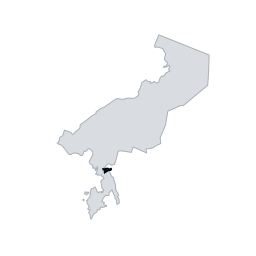 location of Sirdarya, Sirdaryo, Uzbekistan, rotated 108°
{"feature_id": "79887680B82422734608067", "entity_name": "Sirdarya", "entity_type": "district", "adm_level": 2, "iso_a3": "UZB", "parent_name": "Uzbekistan", "parent_adm1": "Sirdaryo", "projection": "equal_earth", "projection_center": [68.708, 40.817], "detail": "fine", "context": "in_parent", "style": "filled", "palette": "ink", "viewbox_px": 256, "rotation_deg": 108, "n_neighbors": 0, "source": "geoboundaries", "source_scale": "gbopen_adm2", "svg_char_len": 4584}
<svg xmlns="http://www.w3.org/2000/svg" viewBox="0 0 256 256"><g transform="rotate(108 128 128)"><path d="M198.1,114.8L201.8,113.1L203.8,114.3L204.0,114.9L201.7,116.2L199.8,116.9L199.2,118.5L197.2,119.2L195.2,121.4L192.1,123.7L192.1,124.2L192.4,124.6L193.4,124.8L195.5,126.1L197.4,125.4L197.9,125.5L198.5,126.3L199.0,128.4L199.9,128.9L202.8,130.0L205.0,130.0L206.0,130.4L206.2,130.2L206.3,127.2L207.2,127.7L208.2,127.3L208.6,125.8L208.3,124.7L209.1,124.2L209.4,124.6L209.5,125.5L210.5,126.1L211.3,127.6L211.6,129.4L213.6,129.8L214.3,129.5L214.8,129.7L215.1,131.9L215.4,132.1L217.2,131.6L218.8,132.6L220.6,134.2L222.6,134.4L223.0,134.7L224.4,134.4L226.0,134.9L226.1,135.1L225.8,135.5L222.0,137.5L220.9,139.0L220.1,139.4L217.7,138.6L217.4,139.5L217.8,140.4L217.3,141.3L216.1,140.9L215.8,140.5L214.7,140.7L213.3,142.2L212.7,143.4L211.4,143.8L209.7,145.0L208.9,144.1L207.7,144.2L206.0,143.2L205.2,143.0L197.7,144.3L197.1,144.1L196.3,142.4L194.4,141.5L194.5,140.7L198.3,137.3L198.8,136.2L197.5,135.6L197.7,134.7L195.2,131.9L194.7,131.8L194.4,131.9L193.5,133.9L186.9,137.4L185.9,137.1L184.4,135.8L183.4,135.3L182.2,136.4L182.3,137.8L181.0,138.8L182.2,142.4L182.1,142.9L181.2,143.0L181.9,144.4L181.3,144.5L178.1,144.0L174.4,144.8L174.5,145.4L177.8,145.3L178.3,145.5L178.4,146.0L178.2,146.3L176.4,146.6L176.3,147.2L177.2,148.8L176.8,149.1L176.1,148.8L175.6,149.8L174.5,149.8L173.9,152.9L173.0,154.0L171.8,154.5L163.9,153.1L161.9,154.1L160.5,155.5L159.6,158.9L159.7,159.2L163.1,160.6L163.6,162.6L167.6,162.8L168.3,163.1L168.7,163.7L168.8,164.2L167.7,167.6L168.1,170.6L168.8,172.0L171.2,174.6L171.1,176.1L170.5,177.4L169.8,178.5L169.1,179.0L168.1,180.4L167.2,182.2L165.5,184.5L164.9,185.8L164.7,189.5L164.2,190.6L164.1,190.2L163.5,189.8L161.7,189.7L161.4,189.2L159.1,190.1L157.6,189.7L156.1,188.1L153.3,187.6L149.7,187.9L149.7,184.0L149.8,181.2L151.1,178.9L151.1,178.5L150.5,177.7L148.3,177.1L145.8,175.3L143.5,174.1L142.1,173.7L140.6,174.4L139.3,174.2L133.1,169.6L127.9,166.3L124.3,162.9L122.6,163.3L118.1,160.1L115.2,156.8L105.5,149.5L103.6,147.7L103.2,146.8L102.5,142.3L101.7,140.3L100.5,139.2L99.5,137.0L98.0,131.8L97.5,130.9L94.6,128.7L92.9,128.1L91.7,128.5L91.0,129.4L90.0,129.4L85.7,128.6L81.0,129.0L76.9,126.3L76.7,125.9L76.7,125.2L77.6,123.4L77.5,122.6L77.0,121.8L77.0,120.9L77.4,120.4L78.2,120.6L78.5,120.3L78.4,119.8L77.5,118.7L75.6,117.7L76.0,117.1L76.2,115.4L76.5,114.5L76.3,114.2L74.9,113.0L70.3,112.9L69.2,112.5L68.3,112.1L67.5,110.2L67.1,109.8L64.0,109.0L60.9,105.8L60.1,107.2L59.5,107.5L57.1,107.1L55.8,108.0L58.6,111.3L59.2,112.3L59.2,112.9L58.3,113.0L57.6,111.4L57.1,111.0L54.3,110.1L53.3,111.1L53.0,112.4L51.6,114.5L50.1,114.9L46.7,115.0L45.6,115.5L44.9,116.1L43.4,118.0L41.7,119.5L41.9,125.5L43.0,127.0L41.8,128.3L29.9,127.5L33.5,73.4L50.5,68.5L62.7,65.4L89.2,82.1L89.8,82.8L90.1,84.3L90.8,85.4L99.7,95.3L113.5,93.3L127.3,94.4L132.6,92.0L136.6,96.4L139.1,98.0L142.5,104.4L145.9,102.7L145.2,110.3L144.8,112.7L144.6,117.3L150.2,117.4L151.3,124.9L152.5,129.6L153.7,130.1L164.2,129.5L165.0,129.8L166.5,129.3L167.5,130.8L168.5,131.9L167.8,135.1L169.0,136.5L172.0,138.0L173.8,138.0L174.1,137.4L174.0,136.6L173.6,135.8L173.6,134.8L173.9,134.1L175.7,131.7L178.5,129.2L179.2,128.3L179.4,126.8L180.4,125.9L182.9,124.9L183.2,124.2L186.2,122.2L189.6,121.0L191.1,120.0L192.6,118.1L194.7,116.2L195.6,116.2L196.2,116.8L196.7,116.8L198.1,114.8ZM197.6,133.2L197.2,132.3L196.7,131.9L196.4,132.1L197.3,133.3L197.6,133.2ZM204.1,149.0L201.9,148.9L202.2,147.5L201.4,146.8L201.3,146.0L201.4,145.3L202.0,145.1L202.6,146.1L204.4,146.6L203.8,147.7L204.2,148.8L204.1,149.0ZM210.8,147.4L210.4,148.8L209.4,148.2L209.6,147.8L210.8,147.4Z" fill="#d9dde1" stroke="#a8b0b8" stroke-width="1"/><path d="M175.4,138.6L175.0,136.7L175.5,136.7L175.5,136.4L175.4,136.2L175.5,136.1L175.7,136.3L175.8,136.3L175.8,136.0L175.9,135.9L176.1,135.8L176.3,135.9L176.4,136.1L176.4,136.3L176.6,136.5L176.9,136.8L177.2,136.8L177.4,136.8L177.5,136.7L177.4,136.7L177.4,136.4L177.3,136.1L177.2,135.9L176.9,135.9L176.8,135.7L176.7,135.6L176.6,135.4L176.4,135.4L176.2,135.2L175.9,135.1L175.7,135.1L175.5,134.9L175.6,134.7L175.4,134.6L175.3,134.8L175.2,134.8L175.2,134.7L175.2,134.4L175.2,134.2L174.8,134.0L174.2,133.2L173.9,132.6L173.6,132.4L173.8,132.2L173.5,131.6L173.1,131.3L172.5,131.1L172.1,131.2L171.8,131.7L172.2,132.1L172.9,132.3L172.8,132.8L173.0,133.3L172.7,133.9L172.7,135.2L173.1,135.8L173.3,136.0L173.5,136.9L173.8,136.9L174.2,137.4L174.4,137.4L174.4,137.7L174.6,137.8L174.5,138.0L174.3,138.3L174.6,138.4L174.6,138.6L174.7,139.0L174.9,138.8L175.4,138.6Z" fill="#0f172a" stroke="#020617" stroke-width="1.5"/></g></svg>